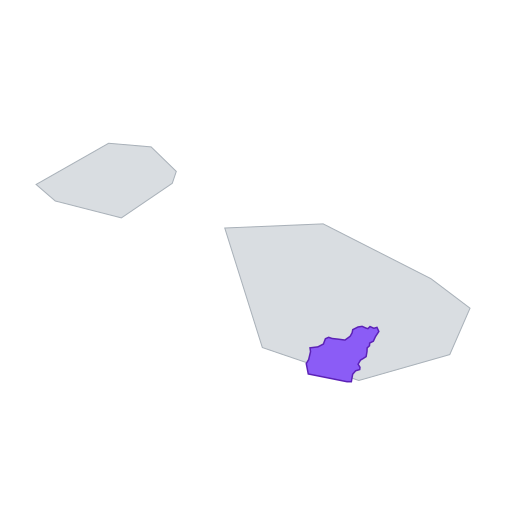 location of Siġġiewi within Malta, rotated 343°
{"feature_id": "MLT-5948", "entity_name": "Siġġiewi", "entity_type": "state/province", "adm_level": 1, "iso_a3": "MLT", "parent_name": "Malta", "parent_adm1": "", "projection": "robinson", "projection_center": [14.438, 35.844], "detail": "fine", "context": "in_parent", "style": "filled", "palette": "violet", "viewbox_px": 512, "rotation_deg": 343, "n_neighbors": 0, "source": "natural_earth", "source_scale": "10m", "svg_char_len": 904}
<svg xmlns="http://www.w3.org/2000/svg" viewBox="0 0 512 512"><g transform="rotate(343 256 256)"><path d="M445.4,368.5L412.5,406.9L317.9,405.1L235.3,345.4L234.3,220.1L329.6,244.9L416.7,328.9L445.4,368.5ZM197.2,162.0L138.4,180.2L80.1,144.7L66.6,123.3L148.0,105.1L187.6,121.0L204.5,151.8L197.2,162.0Z" fill="#d9dde1" stroke="#a8b0b8" stroke-width="1"/><path d="M310.4,404.1L306.2,402.8L271.5,384.1L272.6,373.6L276.1,370.4L280.2,363.4L280.8,359.6L288.6,361.0L294.7,359.9L298.2,355.4L301.7,355.0L304.6,357.1L310.4,359.6L316.5,362.4L322.6,360.3L325.5,357.5L327.0,354.7L332.8,353.7L336.9,354.3L340.1,357.1L341.8,358.2L344.4,356.8L347.6,359.6L350.8,359.6L351.4,364.1L346.7,368.0L343.3,371.8L339.2,372.5L338.3,375.0L335.4,376.4L334.2,379.8L331.9,384.4L328.4,385.4L325.5,386.1L322.0,389.3L322.9,392.8L322.0,394.9L317.7,394.9L313.9,397.3L310.4,404.1Z" fill="#8b5cf6" stroke="#5b21b6" stroke-width="1.5"/></g></svg>